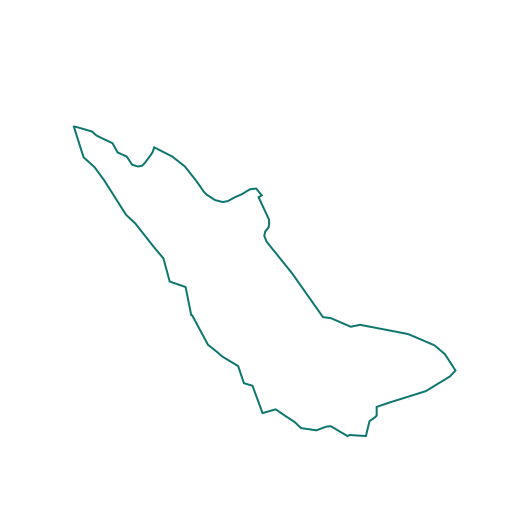 the district of Ikono, Akwa Ibom, Nigeria, rotated 143°
{"feature_id": "59680162B21074533395167", "entity_name": "Ikono", "entity_type": "district", "adm_level": 2, "iso_a3": "NGA", "parent_name": "Nigeria", "parent_adm1": "Akwa Ibom", "projection": "robinson", "projection_center": [7.798, 5.169], "detail": "fine", "context": "isolated", "style": "outline", "palette": "teal", "viewbox_px": 512, "rotation_deg": 143, "n_neighbors": 0, "source": "geoboundaries", "source_scale": "gbopen_adm2", "svg_char_len": 1252}
<svg xmlns="http://www.w3.org/2000/svg" viewBox="0 0 512 512"><g transform="rotate(143 256 256)"><path d="M263.0,385.8L271.9,404.0L275.9,401.3L278.6,400.2L288.4,397.3L292.5,396.6L296.5,398.6L300.0,403.4L299.5,411.8L299.4,413.3L304.2,421.9L302.7,432.4L309.2,444.8L311.1,448.8L312.0,454.0L317.5,461.4L322.3,467.8L323.4,468.8L323.6,468.9L325.8,462.7L330.3,450.0L334.3,438.5L331.5,424.1L331.7,408.1L332.9,392.8L335.0,367.3L333.9,360.8L332.8,354.7L332.2,325.4L331.4,309.7L340.3,287.5L330.9,273.6L343.3,247.8L342.7,247.0L347.8,213.9L347.7,213.8L344.6,201.7L343.5,196.1L336.5,178.8L342.2,161.7L336.9,154.5L345.3,126.6L332.6,121.7L328.3,109.1L325.1,100.3L323.6,91.4L312.6,80.4L302.5,77.4L298.7,75.1L291.3,57.1L289.0,56.7L276.6,46.1L264.7,55.8L257.8,55.6L255.7,55.9L250.4,62.9L236.8,58.4L201.7,45.9L173.6,43.1L165.6,44.5L164.2,63.9L167.2,77.1L167.8,78.3L181.5,102.1L214.2,138.3L222.9,142.5L233.8,161.6L239.3,166.8L237.6,220.5L238.3,242.2L238.4,246.5L238.7,253.3L238.9,261.3L237.2,267.2L233.9,270.0L228.6,271.3L225.9,274.2L223.7,277.2L218.6,301.3L214.9,301.0L215.3,309.8L220.7,312.9L230.4,313.9L236.8,315.5L245.5,316.8L250.2,319.2L255.1,325.4L258.4,334.5L259.0,338.4L258.5,351.4L258.9,370.2L263.0,385.8Z" fill="none" stroke="#0f766e" stroke-width="2"/></g></svg>